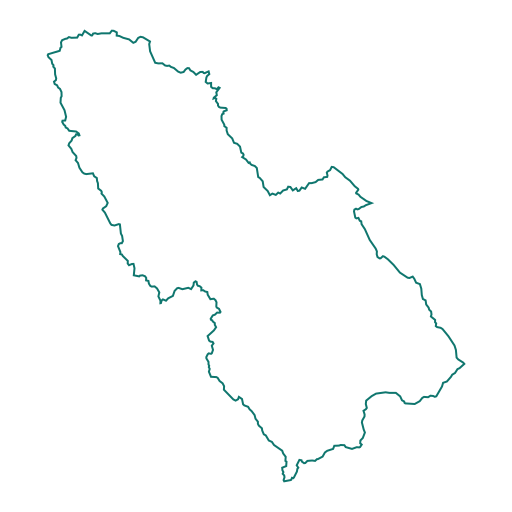 outline of Yauli, Junín, Peru
{"feature_id": "86281439B56200314379174", "entity_name": "Yauli", "entity_type": "district", "adm_level": 2, "iso_a3": "PER", "parent_name": "Peru", "parent_adm1": "Junín", "projection": "mercator", "projection_center": [-76.155, -11.505], "detail": "fine", "context": "isolated", "style": "outline", "palette": "teal", "viewbox_px": 512, "rotation_deg": 0, "n_neighbors": 0, "source": "geoboundaries", "source_scale": "gbopen_adm2", "svg_char_len": 5956}
<svg xmlns="http://www.w3.org/2000/svg" viewBox="0 0 512 512"><path d="M120.2,254.1L121.9,254.5L122.8,256.0L127.8,260.9L127.7,263.5L129.0,265.2L131.9,264.0L133.5,263.9L134.5,268.3L133.8,275.3L139.2,276.4L140.0,275.6L142.6,275.3L145.1,276.3L146.2,277.9L146.1,280.4L148.4,280.9L148.9,283.6L150.3,285.9L151.7,286.6L154.6,286.4L157.0,288.4L159.3,292.4L158.4,296.4L160.5,300.8L160.4,303.2L160.9,303.1L161.7,300.4L162.9,299.4L166.0,300.7L168.2,298.3L172.9,295.9L174.6,290.9L177.2,288.2L178.6,287.9L182.4,289.2L188.3,287.8L191.1,289.1L193.5,285.4L193.8,282.6L195.5,281.3L196.6,281.9L197.0,284.4L197.8,285.7L199.7,286.2L201.4,287.6L201.3,290.4L203.2,290.2L205.1,291.5L207.3,292.0L207.7,294.7L210.4,299.2L213.8,298.7L215.5,300.2L216.5,302.3L216.3,306.4L216.7,307.5L219.0,308.8L220.5,311.9L219.9,312.7L217.1,312.6L214.9,314.7L212.8,315.4L210.7,318.7L210.9,319.7L212.3,320.4L212.7,321.4L214.8,323.1L214.8,324.8L216.1,327.2L213.9,330.4L207.6,336.1L209.1,340.6L210.4,341.6L212.6,341.9L213.5,343.4L211.8,345.7L213.0,349.9L211.8,353.3L211.1,353.8L208.7,353.4L207.7,354.3L206.3,357.1L206.4,358.4L208.5,361.9L208.5,364.4L209.2,365.8L208.8,367.1L209.7,368.9L208.9,371.7L211.0,376.8L216.4,377.1L217.7,377.9L219.6,381.0L222.6,383.3L224.1,386.2L223.9,389.7L233.3,399.4L235.6,400.6L238.0,399.3L238.9,396.9L242.0,399.0L243.1,404.3L244.3,405.4L248.1,406.8L249.6,409.3L251.7,411.2L254.6,415.1L255.5,418.7L257.9,421.7L257.9,423.8L258.8,425.6L261.9,428.3L262.2,430.5L263.8,434.3L265.8,435.4L268.8,440.5L271.9,441.9L274.0,445.0L282.2,450.7L283.2,453.5L285.7,456.8L285.4,460.9L286.5,461.7L286.2,466.1L282.2,467.7L282.4,470.2L283.4,472.1L282.7,473.8L284.2,475.4L284.5,477.2L283.6,480.1L284.2,481.3L290.5,480.1L291.2,479.8L292.0,477.8L293.2,478.2L293.9,477.5L296.9,471.6L297.4,468.8L298.3,467.7L296.7,465.3L299.4,459.9L301.5,460.3L301.9,461.6L304.1,463.2L305.3,463.0L307.4,460.9L312.2,460.5L315.1,460.9L317.0,459.1L317.9,459.1L322.6,456.6L324.9,452.5L327.2,450.8L333.1,448.9L334.3,445.8L339.0,445.6L340.7,445.0L344.4,445.2L345.7,447.1L352.0,448.9L356.7,447.2L359.3,447.4L360.1,447.0L361.7,444.6L360.2,443.3L360.4,440.5L362.8,438.0L364.9,432.5L363.7,429.5L361.9,422.5L362.3,420.4L364.5,416.5L364.6,414.4L363.5,410.8L365.9,409.2L366.8,407.9L365.8,404.0L366.2,400.6L371.7,396.1L376.1,393.6L385.6,392.3L389.6,392.9L395.9,392.9L400.2,396.4L402.0,400.3L404.2,401.5L404.5,402.8L405.3,403.4L414.7,404.0L419.7,401.2L422.3,397.9L424.0,396.9L428.1,397.2L430.5,395.7L433.2,396.0L434.8,396.8L436.3,396.3L442.0,386.5L443.1,382.8L446.9,381.5L451.0,376.8L452.2,374.7L455.0,373.0L457.5,369.1L459.5,368.2L464.3,363.9L463.2,362.6L458.2,359.4L456.6,357.6L455.9,349.9L454.5,345.5L448.4,336.2L442.5,329.0L440.6,327.8L437.1,327.1L435.8,326.1L436.2,323.4L435.1,322.3L435.1,319.9L430.9,316.5L431.5,314.4L431.1,311.5L429.2,309.7L428.6,307.6L426.2,304.5L425.6,300.4L422.9,299.0L421.8,295.1L421.3,288.7L419.9,284.1L416.1,282.7L414.3,278.8L412.7,276.6L409.4,278.0L407.6,277.7L399.9,272.6L393.6,264.9L387.9,259.3L384.4,256.7L382.9,256.2L380.6,258.3L379.6,258.4L377.5,257.0L376.7,254.2L376.9,251.4L375.7,248.6L369.7,239.9L364.9,229.2L361.6,224.2L361.2,221.3L359.8,220.8L358.4,217.9L356.4,218.4L355.3,217.6L354.0,211.4L354.4,209.6L356.0,208.7L357.4,209.4L358.8,209.0L361.4,207.0L363.8,206.5L365.8,205.2L371.5,203.1L366.4,201.0L360.4,196.8L358.6,194.6L356.2,193.4L356.1,192.8L358.3,189.7L358.1,188.9L354.7,186.2L350.0,180.7L345.2,177.2L342.6,174.0L333.7,167.2L331.7,166.9L330.1,170.1L327.5,171.6L326.8,172.6L327.5,175.5L327.2,176.9L323.9,177.3L322.5,179.5L318.2,179.9L315.6,182.1L311.8,183.1L309.1,183.1L305.1,188.8L301.7,187.5L299.4,190.7L297.8,191.0L296.2,188.2L292.8,190.4L290.4,187.0L288.2,186.7L286.9,189.4L283.1,190.5L280.2,193.5L278.2,192.6L275.8,194.9L272.4,193.6L269.9,195.2L267.7,191.0L263.6,187.0L262.7,181.3L259.8,178.0L258.2,177.0L256.8,168.0L254.8,166.0L251.6,164.9L250.3,163.8L249.7,162.4L248.6,162.9L246.0,159.5L242.2,157.1L243.3,156.0L243.6,154.8L243.0,153.5L241.3,152.6L240.0,146.6L237.2,143.8L234.0,142.8L232.2,138.4L227.8,134.2L226.6,130.5L226.6,127.8L224.3,126.1L224.3,124.7L221.6,119.7L221.5,116.1L222.2,114.2L223.6,113.6L223.3,112.2L223.7,111.4L226.7,110.3L226.6,108.8L225.7,108.0L220.3,107.6L218.9,106.9L218.0,105.5L218.0,103.9L215.9,101.1L216.3,98.8L215.1,97.9L213.6,98.5L213.8,97.7L216.8,95.2L216.3,92.3L219.6,87.9L218.5,87.3L216.8,89.2L215.0,88.3L212.7,88.2L211.1,86.8L211.1,83.0L207.6,83.5L205.7,81.9L206.4,77.5L207.1,76.0L209.3,74.1L208.6,71.4L204.6,73.2L203.7,73.0L202.7,71.9L200.2,72.0L196.1,74.8L193.4,72.0L190.4,70.4L189.0,68.2L187.4,68.1L185.5,69.5L183.6,72.0L180.7,72.7L178.1,71.6L173.9,68.0L170.9,66.9L169.3,65.6L167.1,65.9L165.1,65.5L162.4,63.3L158.3,63.4L155.2,62.8L150.1,51.3L149.2,44.1L150.0,41.5L143.0,37.3L140.5,36.8L138.2,37.9L135.6,41.8L133.3,42.8L129.1,39.4L123.2,37.8L119.4,36.0L116.7,35.6L116.8,32.4L113.7,30.8L111.8,30.7L109.8,33.3L101.6,33.3L97.7,34.0L95.2,33.2L93.1,33.6L92.2,35.4L91.3,35.5L84.6,30.9L82.0,35.4L80.2,34.6L78.8,34.7L77.2,37.6L71.5,37.8L68.9,37.1L66.9,38.6L65.4,38.8L62.1,40.2L61.0,42.4L61.5,46.9L60.5,47.8L59.7,50.8L48.2,54.2L47.7,55.2L48.5,57.2L51.5,60.0L52.2,63.7L53.5,65.2L53.3,66.7L54.9,68.5L55.1,74.3L56.2,78.4L55.9,80.1L54.0,81.7L54.7,84.0L57.1,85.3L58.1,87.5L60.0,88.9L61.5,92.1L61.6,96.2L60.8,97.8L60.5,102.7L64.5,110.2L66.1,116.8L65.2,120.5L62.5,120.7L62.2,121.9L63.7,124.6L65.2,125.8L65.7,127.5L67.5,128.4L69.2,130.8L76.1,131.5L78.8,133.5L79.4,135.3L78.6,135.5L77.4,134.3L76.1,134.3L75.4,136.0L72.4,138.1L71.6,140.6L69.2,143.3L68.5,145.4L71.3,148.8L72.6,152.1L76.2,156.0L76.5,157.9L75.6,160.2L78.0,163.0L79.4,167.7L82.4,172.3L84.2,173.6L86.3,174.1L92.9,173.3L94.2,176.3L96.8,178.0L97.1,181.0L97.9,183.2L98.2,188.5L101.2,190.8L101.8,192.1L101.5,193.6L104.3,196.5L107.7,202.9L106.2,206.2L102.9,208.5L102.4,209.7L104.9,212.6L110.3,223.4L111.5,224.9L114.5,225.5L118.8,224.1L119.9,224.4L120.9,233.6L122.1,235.9L122.9,241.1L121.8,243.2L120.4,243.2L118.8,244.0L118.0,246.1L120.4,252.1L120.2,254.1Z" fill="none" stroke="#0f766e" stroke-width="2"/></svg>